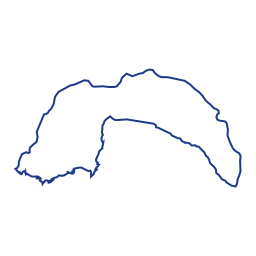 the Province of Antalya
{"feature_id": "TUR-2271", "entity_name": "Antalya", "entity_type": "Province", "adm_level": 1, "iso_a3": "TUR", "parent_name": "Turkey", "parent_adm1": "", "projection": "equal_earth", "projection_center": [30.734, 36.761], "detail": "fine", "context": "isolated", "style": "outline", "palette": "blue", "viewbox_px": 256, "rotation_deg": 0, "n_neighbors": 0, "source": "natural_earth", "source_scale": "10m", "svg_char_len": 3492}
<svg xmlns="http://www.w3.org/2000/svg" viewBox="0 0 256 256"><path d="M235.6,186.4L235.3,186.3L232.9,186.0L231.7,185.7L226.6,182.5L225.9,181.7L225.4,180.7L224.2,180.2L222.9,179.7L221.8,179.1L218.6,174.6L218.1,174.5L217.8,174.1L216.5,173.2L216.3,172.7L216.0,170.2L215.8,169.4L214.2,167.0L210.2,163.2L209.3,160.7L209.2,159.9L209.0,159.3L208.2,158.2L207.4,156.9L207.2,156.6L206.3,156.2L206.1,156.1L204.9,153.4L204.1,152.0L203.1,151.3L199.0,146.9L198.6,146.7L198.0,146.6L197.2,146.5L196.5,146.4L196.0,146.0L195.6,145.6L195.2,145.3L192.5,145.5L191.2,145.2L190.6,144.4L189.9,143.6L188.2,143.0L186.3,142.6L185.1,142.9L184.5,142.2L181.9,141.1L180.6,139.1L179.8,138.3L179.0,138.4L177.6,138.1L172.5,135.8L171.4,134.8L170.5,133.6L157.9,127.6L156.0,127.3L155.8,125.1L153.5,123.7L126.9,119.4L116.0,120.1L114.2,119.6L112.8,118.7L110.1,116.4L106.3,119.2L104.5,121.1L103.6,123.8L102.7,125.3L102.4,126.1L102.4,128.8L102.0,131.6L102.1,133.2L102.8,134.5L102.8,135.0L102.3,135.8L101.9,136.5L101.6,137.4L101.5,138.6L101.6,140.2L102.0,141.1L102.5,141.9L102.8,142.9L103.3,142.3L103.1,144.1L102.2,147.2L102.4,148.3L100.1,150.3L99.1,151.6L98.3,154.8L96.9,157.2L96.9,157.9L96.0,159.4L96.1,160.9L96.9,162.1L97.8,162.7L97.3,164.0L99.0,164.6L98.1,165.9L96.3,167.6L95.5,169.4L96.0,169.4L96.3,169.0L96.9,169.4L96.2,170.1L95.3,170.9L94.5,171.7L93.8,173.7L92.9,174.8L91.0,176.6L91.1,172.9L90.8,171.4L90.0,170.6L88.4,171.1L81.4,167.6L80.0,167.5L75.0,168.4L74.4,169.2L74.1,170.5L74.1,172.3L73.7,172.3L73.6,171.8L73.2,170.6L72.8,172.3L72.8,173.0L71.8,172.3L71.8,173.0L71.8,173.6L69.3,173.0L68.8,172.7L68.3,172.2L67.7,171.9L66.8,172.3L68.2,172.3L68.2,173.0L63.7,175.6L62.7,175.4L61.9,175.9L61.1,175.8L60.3,175.6L59.5,175.4L58.9,175.4L58.6,175.6L57.7,176.6L56.6,177.3L54.1,177.9L53.1,178.4L53.4,178.5L53.5,178.5L53.6,179.1L53.0,179.0L51.3,179.6L51.3,180.2L52.7,180.2L51.8,181.2L50.8,181.9L49.8,182.5L48.6,182.7L48.6,182.0L48.9,181.7L49.1,181.4L49.3,181.1L49.5,180.8L48.6,180.9L48.4,181.1L48.1,181.5L47.4,180.6L46.6,180.3L45.8,180.4L44.9,180.8L44.7,181.1L44.7,181.5L44.5,181.9L43.8,182.0L43.7,182.3L42.6,183.9L42.4,182.1L40.1,180.9L39.4,179.1L40.3,179.5L40.7,179.1L40.6,178.3L40.1,177.9L36.7,178.4L36.7,177.9L37.3,177.5L38.0,177.2L38.7,177.1L39.4,177.2L38.0,176.5L32.6,176.6L30.8,176.1L26.7,173.6L25.9,174.4L25.6,173.6L25.3,171.2L25.0,171.8L24.7,171.7L24.4,171.3L24.0,171.2L23.3,171.5L23.1,171.7L22.9,171.9L22.6,172.3L22.2,172.9L22.0,173.5L21.7,174.0L21.2,174.2L20.6,173.8L20.2,172.9L19.9,172.4L19.4,173.0L15.4,168.9L17.2,167.9L18.4,166.1L18.9,163.8L18.8,162.7L18.9,161.6L19.5,160.3L19.9,158.8L22.1,154.0L26.3,152.2L28.3,153.1L29.8,152.3L29.5,149.9L30.1,147.5L33.1,144.6L36.4,142.1L37.6,137.2L36.8,131.8L44.0,114.4L46.0,114.0L47.7,113.0L49.3,110.6L51.2,108.8L53.8,103.7L54.9,97.1L58.5,91.9L70.4,85.4L74.5,84.6L84.2,80.3L88.3,80.8L92.3,86.1L93.9,86.7L103.1,86.3L109.1,87.0L114.2,87.0L116.7,86.4L120.7,81.7L121.9,77.9L126.5,73.7L132.4,76.2L139.2,73.7L142.8,73.1L145.9,70.8L149.2,69.6L152.8,70.0L154.1,72.0L155.7,73.7L158.3,75.9L161.2,77.1L167.8,77.2L184.7,80.8L190.3,84.6L194.5,88.8L199.2,92.2L202.5,95.8L205.5,100.3L207.4,102.1L209.4,103.7L213.8,108.1L216.4,109.2L218.5,110.6L218.8,113.3L217.1,114.7L216.4,117.3L217.4,119.7L220.3,120.8L223.3,121.1L225.4,121.6L226.8,123.7L227.9,129.6L227.5,135.5L229.8,141.8L232.6,147.8L234.4,150.2L236.7,151.8L239.3,153.4L240.6,156.2L240.1,161.3L240.5,171.0L239.4,175.2L238.4,177.4L237.5,179.8L237.3,182.0L236.8,184.2L235.8,185.8L235.6,186.4Z" fill="none" stroke="#1e3a8a" stroke-width="2"/></svg>